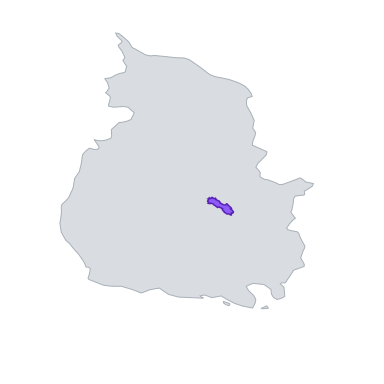 Batheay, Kâmpóng Cham, Cambodia shown in context, rotated 293°
{"feature_id": "14789045B52363017269131", "entity_name": "Batheay", "entity_type": "district", "adm_level": 2, "iso_a3": "KHM", "parent_name": "Cambodia", "parent_adm1": "Kâmpóng Cham", "projection": "equal_earth", "projection_center": [104.945, 12.037], "detail": "fine", "context": "in_parent", "style": "filled", "palette": "violet", "viewbox_px": 384, "rotation_deg": 293, "n_neighbors": 0, "source": "geoboundaries", "source_scale": "gbopen_adm2", "svg_char_len": 6147}
<svg xmlns="http://www.w3.org/2000/svg" viewBox="0 0 384 384"><g transform="rotate(293 192 192)"><path d="M308.6,59.7L309.3,63.1L307.4,69.5L305.4,75.3L301.6,80.4L301.4,84.1L300.1,95.2L300.6,98.8L301.6,101.8L302.8,103.4L306.2,114.3L309.2,124.3L312.3,132.4L312.8,137.6L310.1,150.6L307.0,162.6L307.3,168.6L308.6,174.6L310.1,182.6L310.7,192.8L310.0,199.5L308.5,203.6L305.8,207.9L303.4,210.1L300.4,206.4L298.1,206.3L295.0,207.4L292.6,209.0L287.7,215.3L282.2,221.3L274.6,222.9L271.6,227.4L268.5,228.0L262.4,228.2L258.5,229.3L258.7,231.6L258.4,242.3L258.5,244.8L257.9,245.4L255.2,245.8L250.5,244.1L244.3,241.5L239.8,241.1L237.6,245.7L236.2,247.5L234.5,247.8L232.8,248.6L232.2,250.7L232.0,253.3L232.9,257.8L233.2,264.9L233.0,269.7L234.6,272.7L244.2,283.0L247.0,285.6L247.3,287.1L245.7,292.7L247.2,300.5L244.2,300.4L239.2,297.0L236.8,295.0L233.9,296.6L232.9,296.3L230.9,292.4L228.4,288.5L225.7,288.2L220.2,289.8L214.5,290.9L212.3,290.9L211.5,291.6L208.2,297.4L206.8,296.4L201.0,294.2L195.8,293.3L194.7,294.9L195.4,299.6L196.5,304.3L195.8,306.3L193.0,308.8L189.2,313.2L186.8,316.6L185.2,317.5L179.5,317.3L173.7,317.8L171.4,321.0L169.2,323.6L167.3,324.3L159.8,316.2L144.9,313.4L143.3,309.9L141.8,309.2L140.4,313.8L132.2,318.2L128.8,315.6L126.3,312.3L126.7,308.3L129.0,305.1L133.1,302.8L135.0,294.7L131.9,284.2L129.2,281.2L126.3,278.8L123.3,282.7L120.8,289.3L118.1,292.7L114.4,293.5L108.9,293.2L106.8,283.3L106.1,274.8L106.9,265.1L107.7,259.4L102.5,251.5L102.2,244.0L99.6,240.1L98.9,242.1L99.0,244.2L98.2,242.7L90.0,220.6L88.6,210.4L90.1,202.5L90.9,199.8L88.5,195.7L85.2,191.0L79.2,184.8L78.9,175.1L77.6,163.6L75.8,159.7L73.1,152.6L71.6,146.8L71.2,131.3L72.0,130.0L76.2,129.6L81.6,128.5L82.4,126.0L81.5,123.9L85.0,120.4L90.0,112.7L93.8,104.7L96.6,99.6L98.3,94.6L103.8,87.5L111.5,82.6L116.7,81.4L122.2,79.8L127.4,77.4L129.8,77.1L136.3,80.0L139.8,80.8L143.4,80.7L147.2,81.0L150.5,80.7L158.5,78.7L166.8,80.3L174.3,79.1L183.6,76.7L188.2,78.2L192.3,80.5L192.9,85.2L193.8,87.4L195.2,89.0L197.1,89.0L199.4,85.7L201.4,82.4L202.1,81.7L202.2,83.4L203.1,87.1L204.9,90.7L206.7,93.1L209.7,96.3L211.6,96.4L218.0,93.4L227.5,97.8L228.6,100.0L231.7,104.4L235.0,107.6L242.4,107.8L245.0,100.0L243.8,95.2L239.5,86.9L238.4,81.9L239.7,81.1L246.9,80.1L248.0,79.2L249.6,73.8L251.5,74.4L255.5,75.1L259.7,71.4L262.2,67.5L263.5,69.3L265.0,72.0L266.6,73.6L269.7,75.9L273.0,79.2L275.1,82.4L276.7,83.7L281.0,82.8L282.1,82.9L284.6,79.0L286.3,76.9L287.8,77.5L289.9,77.4L294.3,72.4L296.9,67.9L298.3,66.6L302.2,68.9L303.8,68.4L306.1,62.2L308.6,59.7ZM104.0,270.3L103.2,270.8L102.4,270.8L101.6,269.9L101.7,266.4L102.3,264.2L103.6,263.8L104.0,270.3ZM116.4,305.3L114.8,307.7L112.1,302.7L112.1,301.3L116.4,305.3Z" fill="#d9dde1" stroke="#a8b0b8" stroke-width="1"/><path d="M194.9,212.8L194.8,212.6L194.7,212.7L194.5,212.4L194.4,212.4L194.3,212.5L194.2,212.6L194.1,212.3L194.0,212.2L193.9,212.1L193.8,211.9L193.7,211.8L193.8,211.8L193.7,211.7L193.4,211.5L193.4,211.4L193.2,211.3L193.2,211.2L193.1,210.9L193.0,210.7L192.9,210.8L193.0,210.7L192.9,210.6L193.0,210.5L192.9,210.5L192.9,210.4L192.7,210.2L192.5,209.9L192.3,209.9L192.4,209.7L192.2,209.7L192.1,209.8L192.0,209.7L192.0,209.8L191.9,209.9L192.0,209.9L192.0,210.2L192.0,210.3L191.9,210.2L191.7,210.2L191.4,210.1L191.3,209.9L191.3,210.1L191.1,210.1L190.8,210.1L190.6,210.2L190.4,210.0L190.0,209.9L189.9,209.9L189.9,210.1L189.7,210.2L189.6,210.3L189.4,210.3L189.3,210.5L189.2,210.5L189.2,210.8L189.2,211.0L188.9,211.1L188.3,211.5L188.1,211.5L187.9,211.4L187.9,211.8L188.0,211.9L188.1,212.1L188.3,212.2L188.5,212.3L188.6,212.5L188.4,212.6L188.4,212.8L188.3,213.0L188.4,213.3L188.5,213.4L188.8,213.2L189.0,213.3L189.1,213.7L189.2,215.2L189.2,215.6L189.2,216.4L188.8,216.9L188.6,217.4L188.5,217.8L188.5,218.6L187.7,221.6L187.8,221.7L188.1,221.6L188.3,221.7L188.4,222.1L188.5,222.4L188.6,222.7L188.7,222.9L188.6,223.0L188.7,223.3L188.8,223.4L188.8,223.6L188.6,223.9L188.6,224.1L188.7,224.7L188.9,225.0L188.8,225.3L188.7,225.4L188.6,225.5L188.6,225.8L188.6,226.0L188.6,226.4L188.6,226.5L188.4,226.7L188.5,226.7L188.5,226.9L188.4,226.9L188.2,226.8L188.2,227.0L188.1,226.8L188.2,226.7L187.7,226.9L187.6,227.1L187.3,227.2L187.3,227.3L187.2,227.4L186.9,227.8L186.9,228.3L186.6,229.1L186.5,229.3L186.4,229.4L186.0,229.5L185.9,229.9L185.8,230.4L185.8,231.3L185.8,231.5L185.7,231.8L185.6,232.1L185.5,232.3L185.4,232.5L185.5,232.8L185.5,233.1L185.8,233.5L186.0,233.9L186.2,234.2L186.2,234.4L186.1,235.4L186.0,235.6L186.0,235.8L186.0,236.0L186.0,236.5L186.0,236.8L186.1,237.0L186.2,236.9L186.3,237.0L186.5,237.0L186.7,236.9L186.9,236.9L186.9,236.7L186.9,236.4L187.0,236.4L187.2,236.5L187.3,236.7L187.4,236.8L187.5,236.7L187.7,236.9L187.7,237.0L187.9,237.2L188.0,237.2L188.2,237.3L188.2,237.2L188.3,237.3L188.3,237.2L188.4,236.9L188.6,237.1L189.1,237.5L189.2,237.9L189.3,238.0L189.5,238.0L190.0,237.9L190.1,237.7L190.1,237.4L190.2,237.2L190.4,237.0L190.5,236.8L190.6,236.6L190.8,236.4L191.0,236.1L191.1,235.9L191.2,235.7L191.2,235.3L191.2,235.2L191.3,235.1L191.3,234.9L191.4,234.7L191.5,234.7L191.6,234.4L191.5,234.2L191.6,233.9L191.8,233.9L191.7,234.0L191.8,234.1L191.7,234.2L191.8,234.3L191.8,234.5L192.0,234.8L192.3,234.8L192.4,234.6L192.5,234.5L193.0,233.6L193.1,233.3L193.2,232.8L193.3,232.4L193.6,231.7L193.8,231.1L193.8,230.8L193.9,230.7L193.7,230.4L193.9,230.3L194.1,230.3L194.1,230.0L194.2,229.9L194.3,229.8L194.3,229.6L194.4,229.4L194.5,229.3L194.5,229.2L194.7,228.9L194.8,228.7L194.7,228.6L194.2,228.2L193.7,228.0L193.3,227.9L193.1,227.9L193.0,227.7L192.9,227.4L192.8,227.2L192.6,226.2L192.7,225.8L192.7,225.7L192.6,225.3L192.7,223.9L192.8,223.4L192.9,223.2L192.8,222.7L192.8,222.2L193.0,221.7L193.3,221.6L193.6,221.7L194.2,220.7L194.3,220.4L194.3,220.1L194.3,219.9L194.2,219.9L194.2,219.7L194.2,219.4L194.2,219.2L194.3,218.5L194.2,218.3L194.3,218.1L194.5,217.5L194.5,217.4L194.7,217.2L194.5,216.8L194.5,216.7L194.9,216.4L195.0,216.4L195.0,216.2L194.9,216.2L195.0,216.1L194.9,216.1L194.7,216.0L194.8,215.8L194.7,215.8L194.7,215.7L194.6,215.4L194.7,215.2L194.6,214.9L194.6,214.7L194.6,214.4L194.6,214.2L194.6,213.8L194.7,213.7L194.8,213.6L194.9,213.4L194.9,213.2L194.8,212.9L194.9,212.8Z" fill="#8b5cf6" stroke="#5b21b6" stroke-width="1.5"/></g></svg>